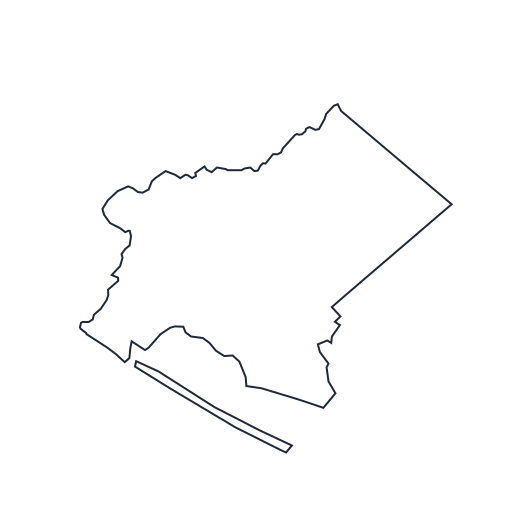 Cameron, Texas, United States of America, rotated 130°
{"feature_id": "52423323B19813922549461", "entity_name": "Cameron", "entity_type": "district", "adm_level": 2, "iso_a3": "USA", "parent_name": "United States of America", "parent_adm1": "Texas", "projection": "orthographic", "projection_center": [-97.444, 26.124], "detail": "fine", "context": "isolated", "style": "outline", "palette": "slate", "viewbox_px": 512, "rotation_deg": 130, "n_neighbors": 0, "source": "geoboundaries", "source_scale": "gbopen_adm2", "svg_char_len": 1779}
<svg xmlns="http://www.w3.org/2000/svg" viewBox="0 0 512 512"><g transform="rotate(130 256 256)"><path d="M90.6,139.4L90.5,200.8L90.3,252.9L90.3,257.9L90.2,284.0L87.2,291.0L90.8,292.9L102.0,293.6L107.1,291.5L118.4,289.3L121.3,291.8L122.7,297.5L123.8,298.5L126.5,299.4L128.8,298.3L133.0,299.0L135.4,300.9L136.3,303.1L138.2,303.9L156.4,304.6L160.5,303.4L164.2,304.9L167.1,308.4L179.1,308.1L180.5,310.3L183.8,310.6L189.5,309.5L192.0,311.9L191.9,317.2L196.2,320.9L199.7,322.4L208.5,332.9L208.8,334.9L213.3,342.8L220.3,343.9L221.6,349.2L220.5,353.0L231.4,355.9L233.3,353.4L237.4,355.0L238.0,360.3L239.1,362.3L245.0,364.0L245.7,370.0L247.7,375.8L249.0,379.8L260.6,383.1L265.7,383.8L274.0,381.0L280.3,383.5L282.9,387.5L283.3,393.8L284.8,398.7L295.3,403.7L308.5,405.3L318.6,403.9L322.1,398.8L324.6,388.9L322.0,377.7L321.8,371.5L318.8,370.1L317.9,368.9L321.0,364.6L329.1,359.6L334.7,360.7L341.0,360.2L343.0,357.2L351.0,353.6L363.3,354.3L361.3,347.7L363.5,345.6L376.9,347.7L380.8,344.1L385.7,342.1L396.1,341.0L405.2,342.4L409.5,340.3L414.2,341.8L418.0,346.5L419.7,347.1L423.8,345.0L424.5,343.7L424.2,336.3L424.8,335.6L421.8,311.4L421.2,300.4L421.7,288.3L415.6,287.4L407.4,293.0L401.3,296.4L399.4,280.6L395.5,279.3L377.3,278.9L366.2,275.7L362.0,272.8L356.9,266.2L359.8,260.9L359.4,254.0L353.0,244.0L352.5,235.8L354.3,225.9L353.1,216.1L347.2,209.9L347.6,200.8L355.4,186.1L361.8,179.8L353.8,166.8L338.3,130.5L329.0,106.8L310.1,106.9L305.5,119.8L295.9,130.4L291.8,131.3L288.5,145.4L283.9,151.8L274.9,147.1L274.2,142.5L268.9,146.1L255.0,147.3L255.7,153.3L248.0,152.5L246.4,165.1L223.9,161.5L90.6,139.4ZM378.1,106.7L387.3,141.5L398.5,190.8L407.1,256.5L413.6,280.2L418.5,277.6L412.6,236.3L400.5,161.6L388.9,112.8L387.2,106.7L378.1,106.7Z" fill="none" stroke="#1e293b" stroke-width="2"/></g></svg>